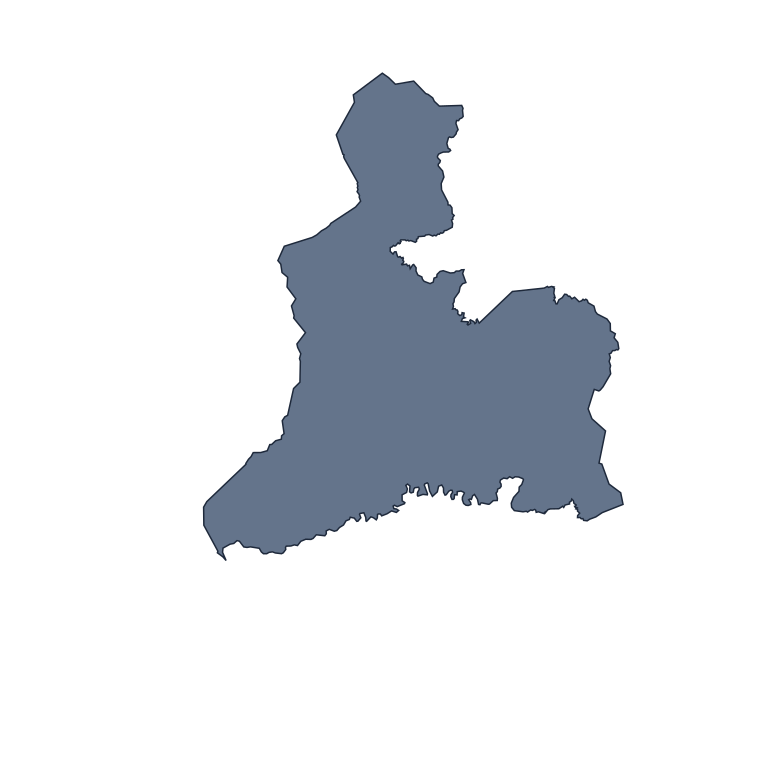 Acatepec, Guerrero, Mexico (orthographic projection), rotated 321°
{"feature_id": "50627088B65715606255874", "entity_name": "Acatepec", "entity_type": "district", "adm_level": 2, "iso_a3": "MEX", "parent_name": "Mexico", "parent_adm1": "Guerrero", "projection": "orthographic", "projection_center": [-98.971, 17.177], "detail": "fine", "context": "isolated", "style": "filled", "palette": "slate", "viewbox_px": 768, "rotation_deg": 321, "n_neighbors": 0, "source": "geoboundaries", "source_scale": "gbopen_adm2", "svg_char_len": 6171}
<svg xmlns="http://www.w3.org/2000/svg" viewBox="0 0 768 768"><g transform="rotate(321 384 384)"><path d="M379.2,221.3L379.2,225.9L374.9,233.2L376.3,240.4L369.7,247.6L369.1,262.3L361.2,265.1L357.1,274.4L355.3,275.9L355.3,294.7L341.5,298.1L339.9,301.3L338.4,308.1L334.3,311.1L333.3,313.7L319.8,329.7L310.9,330.6L289.4,347.7L286.2,347.1L281.8,348.5L275.1,359.7L271.8,359.8L269.5,362.3L264.1,359.9L258.7,360.3L257.1,359.2L251.3,362.4L245.1,359.7L239.2,355.0L235.0,356.8L231.4,357.2L226.6,358.8L226.2,359.5L172.3,363.9L166.3,366.2L155.1,380.4L149.7,409.4L148.3,410.3L150.0,416.8L150.2,421.8L152.6,413.2L155.6,410.2L163.6,411.6L166.9,413.4L171.2,413.2L172.7,415.2L172.5,422.4L174.7,424.8L177.7,426.5L183.7,433.2L183.0,437.3L183.5,440.0L186.1,442.1L188.7,442.5L191.7,444.3L193.2,446.9L197.6,451.4L199.5,451.8L203.5,450.8L204.6,449.0L206.0,448.5L209.7,451.3L213.1,452.6L215.1,455.1L220.4,453.9L225.5,455.4L229.4,458.8L231.7,459.4L236.5,458.6L242.5,464.7L244.9,464.1L246.6,461.8L250.0,462.5L252.7,467.1L255.1,468.2L259.1,467.5L263.8,468.1L268.4,466.4L271.8,467.5L273.9,466.3L276.5,469.5L276.4,473.6L277.4,474.2L281.8,473.4L283.0,469.8L283.8,469.5L287.3,471.4L285.8,476.3L283.8,479.1L284.1,479.8L290.2,479.0L291.6,481.2L292.5,484.7L294.5,483.9L296.9,481.3L297.8,481.4L299.4,482.8L299.2,485.0L304.8,486.8L310.0,487.4L312.8,491.6L315.8,491.5L315.0,489.0L313.2,487.0L314.3,484.6L315.8,484.8L317.1,487.6L324.6,489.9L325.6,489.3L324.6,486.2L328.3,481.5L333.3,482.5L336.2,480.2L337.2,476.5L339.3,476.6L340.0,479.6L336.0,483.9L336.5,485.7L338.7,486.5L341.2,484.3L342.7,484.0L345.9,486.0L345.4,487.9L341.8,489.4L339.9,491.5L339.8,492.5L344.8,494.3L347.9,497.4L348.7,496.7L351.7,487.9L352.8,487.3L355.4,488.0L355.6,489.2L352.1,495.9L350.9,501.8L357.5,501.4L362.1,497.8L365.3,498.8L364.8,502.2L362.2,505.6L361.5,508.8L362.7,509.2L366.8,508.1L369.0,508.5L370.0,509.5L369.2,511.3L366.5,512.1L365.0,513.6L364.2,516.4L365.3,517.3L366.4,517.2L369.2,514.4L371.0,516.2L373.2,513.7L376.5,515.7L377.8,518.3L377.9,519.3L373.7,521.3L372.0,523.3L370.7,527.0L371.4,529.8L373.0,531.4L375.7,532.3L376.7,530.7L377.0,527.2L378.5,527.5L379.3,528.7L382.6,526.6L384.8,526.8L384.1,532.4L381.7,537.1L382.6,538.2L384.3,537.5L385.1,537.8L389.4,543.1L390.4,543.7L395.5,543.4L398.7,545.8L400.2,544.2L402.5,539.2L404.3,539.0L406.2,537.2L408.6,537.8L410.6,537.3L412.0,535.4L412.3,533.2L414.1,531.9L417.8,532.4L420.1,535.1L423.3,535.1L424.6,538.2L427.5,538.6L430.1,541.0L432.3,544.9L432.1,546.2L427.8,548.8L424.2,549.2L421.3,552.4L413.3,553.7L407.9,556.7L405.6,560.1L405.6,564.4L411.6,570.8L414.5,572.5L415.0,573.9L418.8,574.2L419.7,575.6L422.2,576.3L422.5,577.5L421.5,579.5L423.6,580.5L426.6,585.1L428.4,584.9L427.9,585.7L432.3,584.8L434.6,585.7L441.4,591.0L446.0,591.5L446.0,593.0L448.6,592.0L452.7,594.0L453.7,592.6L455.7,592.8L457.5,591.6L457.7,593.8L456.5,596.3L457.2,598.9L456.4,599.5L455.2,599.0L455.0,600.5L456.1,601.7L454.6,601.9L455.6,603.2L454.4,604.5L454.8,607.5L451.7,608.1L450.3,609.6L452.4,611.2L452.4,612.9L453.9,613.8L453.3,615.6L455.8,618.2L458.7,618.5L465.0,620.6L472.7,621.3L494.0,628.0L499.5,617.5L495.9,603.4L502.9,583.3L501.3,580.8L526.6,559.9L523.7,541.9L527.0,531.8L544.0,520.5L546.6,524.6L548.2,524.8L552.5,524.0L566.6,518.7L569.2,514.2L571.6,512.4L573.2,508.1L576.5,505.9L578.0,502.3L579.8,502.9L582.6,501.9L584.5,503.3L586.3,503.5L587.2,504.7L588.7,504.3L591.9,498.8L591.9,492.9L595.4,490.5L593.4,485.2L597.9,479.4L598.2,473.8L593.8,463.9L593.9,460.8L596.2,455.6L593.8,449.4L594.7,446.9L594.2,445.1L592.4,445.0L592.0,443.4L589.9,443.7L587.4,442.8L586.7,436.5L583.6,436.0L583.6,432.6L582.5,432.0L582.3,429.4L580.9,427.9L576.8,429.1L573.0,428.6L569.0,430.7L568.1,430.0L569.2,426.7L568.4,425.9L571.3,424.6L570.9,423.7L571.8,423.5L573.1,420.3L576.7,416.9L576.3,415.6L577.1,415.5L575.6,413.6L572.6,412.4L572.4,411.0L568.9,410.3L542.0,392.9L496.3,396.6L497.2,392.1L495.8,392.3L494.5,394.2L492.7,394.3L493.1,392.1L491.5,388.5L490.6,388.7L489.5,391.4L486.4,391.0L486.3,389.9L488.4,389.3L488.5,388.6L483.5,384.0L486.1,382.5L488.6,383.5L488.0,381.9L490.9,379.3L489.6,377.7L488.1,379.1L486.0,378.5L485.5,375.7L487.0,374.3L487.5,372.7L486.6,371.5L486.7,370.2L484.4,368.9L486.8,367.4L488.1,365.0L490.1,364.3L492.4,361.9L500.3,359.7L504.2,356.5L508.1,355.5L511.5,356.7L514.7,347.6L518.1,345.5L516.1,344.0L513.5,343.6L511.1,341.6L508.7,341.7L505.4,339.5L501.3,333.2L498.4,331.8L494.2,332.2L492.3,334.1L489.5,333.2L486.4,335.8L483.0,335.0L479.8,329.5L479.8,326.8L480.8,324.6L478.9,320.6L480.0,316.3L482.1,313.9L482.3,309.8L481.2,309.5L476.9,310.9L478.5,307.8L476.7,307.0L477.0,305.0L473.0,302.7L473.1,302.0L475.3,302.0L476.6,301.1L476.4,299.7L478.0,298.7L478.4,297.6L476.9,297.2L476.7,295.0L475.3,294.7L474.7,293.7L476.6,288.8L475.3,287.9L472.8,288.7L472.3,284.8L474.8,281.9L476.5,282.5L478.6,282.3L478.9,283.3L480.0,283.9L483.9,283.1L484.0,284.6L485.1,284.9L485.9,283.9L486.8,284.1L487.0,282.7L487.8,282.6L491.1,285.3L491.4,286.6L493.1,287.3L493.3,288.5L495.1,289.4L497.5,293.6L499.2,293.6L500.3,292.0L501.9,292.3L503.4,291.1L508.7,294.7L510.0,294.4L513.1,296.2L515.0,299.7L516.6,299.9L517.7,301.6L520.2,301.4L521.3,302.5L523.1,302.1L523.9,303.3L525.6,303.7L527.4,302.8L529.3,303.9L535.7,305.1L538.3,302.5L539.6,299.1L541.3,299.3L542.0,297.9L544.6,297.2L544.2,294.5L547.7,289.8L547.9,286.6L546.5,285.1L548.1,282.9L550.9,269.4L554.6,264.2L560.8,260.9L563.6,255.3L563.4,248.7L564.5,247.3L566.8,247.0L568.4,245.8L568.1,241.8L568.9,240.6L571.1,239.7L573.8,240.3L576.1,241.1L580.3,244.4L582.7,244.5L583.0,243.1L582.2,241.2L584.2,236.6L589.2,233.1L590.5,233.2L591.3,234.7L593.3,235.8L597.5,235.0L598.7,233.9L601.6,233.0L603.9,226.7L606.2,224.9L607.7,226.3L609.7,225.6L611.9,226.2L613.9,225.9L617.2,220.8L618.9,219.5L619.7,216.4L601.9,202.9L601.0,196.0L601.9,192.3L600.5,186.7L599.2,184.6L597.7,167.3L581.5,158.2L580.4,148.9L578.3,141.4L542.1,140.0L538.3,146.5L503.7,160.4L496.6,179.7L497.2,180.6L495.7,182.0L495.1,183.7L490.4,211.0L489.3,211.4L488.2,213.8L486.9,214.5L486.2,216.5L484.1,217.6L484.0,220.7L483.5,222.2L482.3,223.1L480.9,227.2L473.3,228.6L443.8,225.7L441.5,226.5L437.1,226.5L431.8,225.6L425.6,225.8L420.4,224.9L393.2,214.2L379.2,221.3Z" fill="#64748b" stroke="#1e293b" stroke-width="1.5"/></g></svg>